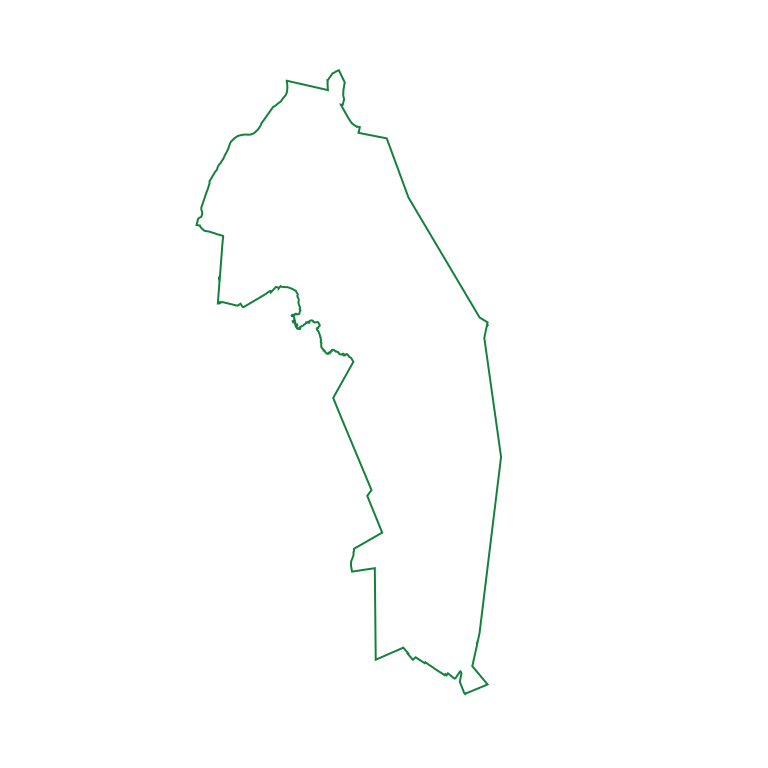 Westerwolde, Groningen, Netherlands, rotated 336°
{"feature_id": "6326949B51666543137940", "entity_name": "Westerwolde", "entity_type": "district", "adm_level": 2, "iso_a3": "NLD", "parent_name": "Netherlands", "parent_adm1": "Groningen", "projection": "mercator", "projection_center": [7.085, 52.999], "detail": "fine", "context": "isolated", "style": "outline", "palette": "green", "viewbox_px": 768, "rotation_deg": 336, "n_neighbors": 0, "source": "geoboundaries", "source_scale": "gbopen_adm2", "svg_char_len": 5880}
<svg xmlns="http://www.w3.org/2000/svg" viewBox="0 0 768 768"><g transform="rotate(336 384 384)"><path d="M278.5,542.4L300.7,548.5L264.3,632.5L294.4,632.7L296.6,639.9L295.9,640.0L298.2,647.7L301.7,646.5L307.6,655.6L308.6,655.0L312.4,661.3L312.5,661.3L314.7,665.0L317.8,669.8L318.6,670.8L320.9,674.7L322.1,674.0L322.7,675.5L324.7,674.3L328.4,681.6L328.6,681.8L329.0,681.9L329.6,681.8L335.3,678.4L336.1,677.8L336.9,677.5L337.0,677.7L337.1,679.6L336.9,680.1L332.1,686.9L331.7,697.2L331.4,698.4L331.8,698.8L331.9,699.1L332.2,699.3L331.9,700.0L332.1,700.2L332.3,700.0L356.4,700.6L349.9,677.7L363.4,659.5L363.4,658.5L364.5,658.0L364.9,657.3L364.9,657.1L365.1,657.1L370.1,650.2L461.3,498.2L494.4,382.6L501.0,373.5L502.6,372.5L502.1,372.0L503.7,369.8L498.4,362.2L482.2,223.7L486.4,160.7L462.9,144.2L463.2,143.7L463.7,143.3L463.8,142.8L464.8,141.8L466.4,139.4L464.3,138.0L464.0,138.1L463.8,138.1L462.2,135.4L461.6,134.5L461.1,133.5L460.6,132.3L460.1,129.8L459.7,126.9L459.6,126.3L459.5,125.1L459.2,122.5L458.2,111.7L458.2,111.2L459.8,112.2L463.2,107.9L463.4,107.5L463.5,107.1L463.8,105.3L464.1,103.8L466.4,99.1L470.8,92.5L470.4,79.0L466.5,79.0L465.2,79.4L463.2,79.3L459.7,81.5L458.0,82.4L457.3,83.0L456.1,83.6L455.9,83.5L455.8,83.8L455.5,85.1L454.9,85.8L452.6,91.8L452.3,92.7L418.5,67.4L418.3,67.7L417.5,70.9L416.7,72.9L415.9,74.6L414.6,77.0L414.1,77.7L413.1,78.9L411.7,80.1L410.4,80.8L407.5,82.1L405.3,83.6L404.6,83.9L404.0,84.1L402.9,84.2L401.7,84.5L398.3,85.5L395.2,85.9L378.3,95.9L376.7,97.4L375.4,98.4L373.5,99.6L371.6,100.6L367.7,101.9L366.7,102.0L364.4,102.0L363.1,101.7L362.2,101.4L358.6,99.6L356.8,99.0L352.6,98.1L351.5,98.0L350.2,98.1L347.3,98.7L346.3,99.0L344.9,99.6L343.7,100.0L342.8,100.4L341.9,101.0L340.5,102.4L339.5,103.4L338.4,104.8L337.6,105.5L333.9,108.7L331.5,110.3L330.7,111.3L328.2,113.3L326.1,114.5L324.5,115.7L323.0,116.3L322.4,116.6L320.2,118.3L319.2,119.6L318.7,120.1L317.9,120.6L315.8,121.6L315.2,122.0L314.4,122.8L312.9,123.7L311.6,124.6L310.7,125.4L307.3,127.6L306.9,128.1L306.4,129.4L305.9,130.2L305.6,130.5L304.1,132.2L302.5,134.0L298.3,138.3L295.5,141.4L294.3,142.7L288.9,148.5L288.5,149.3L288.1,150.4L288.0,150.9L287.9,152.0L287.5,153.9L287.3,154.4L286.7,155.3L285.3,156.7L285.0,156.9L284.5,157.0L282.6,157.1L281.8,157.4L281.1,157.8L280.6,158.4L279.3,160.2L277.4,162.5L279.0,163.6L280.2,164.3L280.1,165.2L280.6,167.3L281.2,168.7L282.1,170.7L282.5,171.1L286.7,174.0L288.4,175.6L290.1,177.0L292.4,179.2L295.6,181.8L297.0,183.2L297.2,183.3L297.2,183.6L296.7,184.6L295.1,187.2L291.4,193.9L290.5,195.6L276.6,221.4L276.2,220.5L275.8,221.5L275.7,222.1L275.6,223.1L265.1,242.6L267.2,242.5L266.7,243.4L269.4,243.2L282.0,252.9L285.6,252.3L286.1,255.9L286.3,256.1L286.6,256.4L287.3,256.6L311.0,253.9L317.9,252.6L318.0,252.6L318.1,252.8L317.9,254.3L324.7,251.4L324.9,251.7L326.9,253.0L327.1,253.1L326.7,253.9L329.3,252.6L329.6,253.2L330.3,253.7L333.3,255.4L334.5,255.9L335.1,256.2L336.8,257.7L338.6,259.5L339.9,261.3L340.3,261.8L341.4,262.9L341.4,265.0L341.7,266.2L341.7,266.8L341.6,267.3L340.8,268.0L340.6,268.5L340.4,269.3L340.6,269.7L340.6,270.2L340.6,271.6L340.3,272.5L340.0,273.2L339.2,274.3L338.8,275.2L338.3,280.3L338.1,280.6L337.3,281.5L337.6,282.4L337.6,282.8L336.2,283.9L335.6,284.9L335.3,285.3L334.9,285.5L333.1,285.2L332.2,284.6L332.4,284.2L331.9,283.9L330.9,284.0L330.0,284.7L329.8,284.8L329.6,284.7L330.0,284.2L329.4,284.1L329.0,283.7L328.6,283.5L327.7,283.7L327.5,283.8L327.4,284.2L327.6,284.6L327.9,284.9L328.7,285.3L329.0,285.5L329.2,286.1L328.8,287.6L328.6,287.9L328.4,288.0L328.5,289.2L328.3,290.4L328.2,290.6L327.9,290.7L327.6,289.9L327.2,289.5L326.2,289.4L326.1,289.8L326.2,290.4L326.2,290.9L326.3,291.0L326.9,291.3L327.7,291.3L327.9,291.4L327.8,292.3L327.3,292.7L327.2,292.9L327.4,294.2L327.8,294.6L328.6,294.2L328.8,294.2L328.8,294.5L328.8,294.8L328.7,295.0L327.8,295.8L327.5,295.9L327.2,295.7L326.9,295.1L326.8,295.8L326.9,296.3L327.5,297.6L327.2,297.7L327.2,298.0L327.5,298.5L328.2,298.3L329.1,299.2L329.2,299.4L329.6,299.6L329.9,299.5L330.0,299.2L329.7,298.4L329.8,298.1L330.6,297.9L331.6,297.9L331.8,297.8L332.0,297.6L333.0,297.8L333.8,297.7L334.5,297.5L335.0,297.2L335.8,297.2L337.5,296.9L337.7,296.2L337.9,296.0L338.1,296.1L338.7,296.5L339.3,296.4L339.3,296.7L339.5,296.9L340.1,297.0L340.2,297.6L340.5,297.6L340.8,297.5L340.9,297.4L340.8,296.7L341.4,296.4L341.8,296.1L342.2,296.2L343.1,296.2L343.8,296.5L344.3,296.8L344.4,297.0L344.5,297.6L344.9,297.8L345.0,297.9L345.0,298.0L344.8,298.3L344.8,298.5L345.3,298.9L345.6,299.5L347.1,300.1L348.0,300.2L348.6,300.4L348.9,301.0L349.1,301.7L349.2,304.3L349.1,304.5L348.1,305.0L347.4,305.2L346.4,306.0L345.4,305.8L345.1,306.2L344.9,306.6L344.9,306.9L345.2,308.4L345.5,309.6L345.4,311.9L345.3,313.0L345.1,314.2L344.9,314.7L345.1,315.3L344.4,317.4L344.5,318.1L344.4,318.4L344.2,318.8L343.6,319.2L343.3,320.2L343.5,320.9L343.5,321.1L343.4,321.3L343.0,321.7L342.9,322.1L342.6,322.7L341.8,324.6L341.8,325.2L342.6,327.7L342.6,328.4L342.4,328.8L343.1,329.0L343.4,330.8L343.4,331.3L343.5,331.8L344.3,333.1L344.6,333.5L345.0,333.7L345.4,333.2L345.7,333.1L346.5,333.8L346.8,333.9L346.9,333.7L347.0,332.9L347.4,333.0L347.7,333.3L347.8,333.3L348.5,333.0L349.0,332.9L348.8,332.6L348.9,332.4L349.5,332.2L350.3,331.8L351.3,331.9L351.8,332.5L352.5,333.4L353.2,334.8L353.7,334.8L354.6,336.0L355.1,336.2L355.2,337.0L355.5,337.8L355.4,338.5L355.5,338.7L356.5,339.3L357.4,339.7L357.8,340.2L357.9,340.4L358.2,340.4L358.4,340.2L358.9,339.7L359.4,339.9L359.5,340.0L359.4,340.8L359.1,341.2L359.1,341.4L359.3,341.4L359.5,341.3L360.0,342.0L361.1,341.6L362.2,341.5L362.5,341.9L362.6,342.1L363.3,345.1L364.5,346.7L364.6,347.0L365.0,350.8L365.0,351.3L341.6,368.8L331.9,376.1L331.2,400.1L329.6,468.8L329.4,475.8L323.2,479.4L321.9,519.0L289.7,522.3L289.1,523.5L288.3,524.7L288.1,525.0L287.9,525.0L287.7,525.3L286.6,527.9L283.2,531.4L281.8,532.7L279.9,536.6L278.5,542.4Z" fill="none" stroke="#15803d" stroke-width="2"/></g></svg>